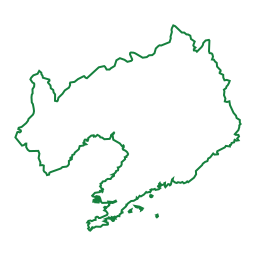 the Province of Liaoning
{"feature_id": "CHN-1813", "entity_name": "Liaoning", "entity_type": "Province", "adm_level": 1, "iso_a3": "CHN", "parent_name": "China", "parent_adm1": "", "projection": "orthographic", "projection_center": [122.279, 41.097], "detail": "fine", "context": "isolated", "style": "outline", "palette": "green", "viewbox_px": 256, "rotation_deg": 0, "n_neighbors": 0, "source": "natural_earth", "source_scale": "10m", "svg_char_len": 5845}
<svg xmlns="http://www.w3.org/2000/svg" viewBox="0 0 256 256"><path d="M239.0,136.4L237.2,138.5L238.5,140.3L236.1,140.7L234.8,139.7L234.5,140.0L234.1,142.3L231.6,143.0L231.1,144.7L230.0,145.0L229.9,146.5L225.9,145.9L224.8,147.4L217.3,151.2L217.0,152.3L218.1,153.9L218.0,154.3L214.5,154.6L213.2,153.5L210.2,157.4L208.2,158.5L207.4,161.1L205.1,161.9L202.8,163.7L202.1,165.1L195.9,171.0L196.1,174.3L194.0,177.7L188.2,182.2L187.2,181.4L186.2,182.4L183.9,183.3L182.4,182.0L180.6,182.8L178.0,182.2L176.8,183.0L175.1,182.5L172.5,180.5L172.9,178.7L172.1,179.4L170.8,184.6L169.9,185.3L169.2,184.3L168.2,184.1L165.4,187.2L164.8,186.3L165.0,182.9L164.4,183.2L164.6,183.6L164.0,184.5L161.6,185.1L160.3,183.6L159.7,184.0L159.6,183.3L159.0,184.0L160.0,186.0L158.2,186.0L158.0,186.5L160.2,188.1L158.7,189.3L155.5,189.9L154.8,188.9L153.2,189.5L151.6,189.3L150.5,189.9L151.1,190.6L150.1,192.3L149.4,191.9L147.0,192.6L146.2,192.0L144.0,194.5L140.9,196.4L139.6,195.8L137.6,198.6L136.7,197.7L136.5,199.1L133.7,200.8L131.2,201.0L127.7,203.6L126.9,205.0L126.4,204.8L126.0,206.4L121.8,210.1L121.5,211.9L123.4,212.5L122.2,212.6L119.6,214.5L119.4,216.2L117.6,216.0L116.1,217.2L114.8,216.6L114.2,216.9L115.0,217.4L115.4,218.3L112.2,217.2L112.5,218.1L114.4,219.5L113.6,220.9L112.8,221.0L111.6,219.9L110.3,217.8L108.7,217.4L108.6,217.9L109.2,218.6L107.2,218.3L105.7,218.9L106.4,219.1L106.3,220.3L104.1,221.2L107.7,222.6L108.0,224.2L107.7,224.6L107.1,224.2L106.3,224.8L102.9,224.8L100.6,226.8L95.9,226.6L94.0,227.7L92.3,227.2L91.6,228.2L92.5,228.2L90.3,230.6L89.4,230.3L88.1,228.5L89.0,227.6L88.1,225.4L88.2,224.6L89.5,223.4L89.4,222.9L87.3,222.5L88.4,220.9L90.4,220.5L91.8,221.1L94.2,220.0L95.6,219.9L95.6,217.4L97.0,216.7L98.0,217.0L98.8,218.0L100.1,218.0L107.1,214.9L107.6,213.6L107.3,212.8L106.0,211.1L104.4,210.4L104.9,210.0L104.7,209.1L105.7,208.5L104.3,207.3L105.0,206.8L106.2,207.3L107.3,206.8L109.2,205.3L109.0,204.4L110.7,202.7L112.6,203.0L116.1,201.5L115.7,200.7L113.0,202.0L108.3,201.6L108.6,202.7L102.2,202.9L101.1,201.9L100.1,198.2L99.3,196.7L96.5,196.1L94.9,196.9L92.6,196.3L92.2,195.7L95.0,192.8L99.8,192.1L100.5,191.4L100.2,190.8L101.4,190.5L102.3,192.0L102.5,191.8L102.7,191.1L102.3,190.5L103.1,189.4L102.7,188.8L101.7,188.7L100.1,186.3L101.0,185.7L100.5,183.7L101.8,183.1L102.7,181.5L105.4,181.1L106.0,180.0L107.7,178.9L110.6,179.0L111.8,177.1L113.9,176.0L114.0,174.9L112.4,174.6L114.1,173.8L115.8,172.3L115.9,171.2L118.0,170.3L118.3,168.9L117.8,167.5L119.4,167.1L121.1,165.8L121.7,164.3L121.6,162.2L125.1,159.2L124.8,157.2L126.4,157.0L126.4,156.0L127.6,155.2L128.1,154.0L127.2,152.2L125.5,150.7L123.1,149.6L122.7,148.7L123.7,147.4L123.8,146.0L123.4,145.4L122.2,146.3L119.8,143.4L113.3,139.7L112.5,134.7L113.6,133.8L114.1,132.9L113.9,132.6L111.0,135.2L111.0,136.4L109.7,138.9L104.3,139.2L102.2,137.6L100.3,137.3L99.6,136.1L97.4,134.9L95.4,136.6L94.5,136.5L94.0,135.7L93.6,136.3L93.0,135.4L91.3,135.6L88.2,138.1L88.2,139.6L87.7,140.0L87.8,140.7L87.2,140.9L86.5,139.7L85.0,139.6L84.3,140.5L84.5,141.5L83.4,142.7L83.5,143.3L85.3,143.5L86.2,144.3L84.3,144.7L83.5,145.5L79.7,146.1L78.8,149.3L74.8,152.6L74.2,154.3L72.3,155.0L72.1,156.9L70.4,157.7L70.4,158.8L71.8,158.5L71.8,159.2L68.9,160.9L68.9,164.3L67.8,165.8L66.6,166.6L62.4,167.1L60.8,168.5L50.4,172.2L49.3,173.0L49.1,174.6L47.0,175.1L46.2,173.1L44.3,171.7L43.6,170.5L43.8,165.6L42.6,165.1L40.2,165.3L40.4,162.4L38.6,158.1L39.4,153.7L38.3,150.9L29.5,151.1L27.7,149.7L26.2,147.1L26.3,143.6L25.5,143.6L23.9,145.1L22.0,145.6L15.4,137.4L17.3,132.2L18.1,131.9L19.8,132.4L20.9,131.5L20.8,130.4L18.3,129.1L18.7,127.8L21.7,126.9L26.2,123.1L28.0,120.7L28.5,119.0L32.9,114.7L33.6,113.3L34.0,111.1L33.7,108.5L32.9,104.2L31.8,102.4L31.5,97.3L31.8,94.7L32.6,93.4L32.5,89.2L34.1,86.7L34.3,84.3L34.1,83.4L32.5,82.5L30.4,79.4L31.2,77.7L33.4,75.3L37.6,73.8L39.2,70.9L41.3,72.7L41.5,74.4L42.5,75.7L42.9,77.7L49.3,79.6L49.5,80.7L48.1,82.0L48.0,82.6L50.5,85.5L50.8,88.3L53.2,89.9L53.6,92.4L55.1,94.4L55.0,100.8L57.0,101.3L57.7,100.7L58.5,97.6L62.5,93.8L64.8,90.4L69.0,87.6L70.1,85.1L69.9,83.4L70.3,82.5L74.5,81.9L78.0,79.1L83.7,76.2L84.3,76.2L85.5,77.7L86.9,78.2L98.8,67.3L104.2,66.1L105.1,66.8L106.6,69.5L109.6,69.5L110.8,68.3L114.6,66.0L116.4,60.3L119.9,58.2L124.5,59.8L127.4,61.8L131.1,60.9L132.0,60.2L132.2,59.3L130.0,54.4L130.1,53.1L130.9,52.5L133.6,52.7L135.2,53.3L142.7,57.7L146.8,57.1L149.1,55.3L152.3,55.1L154.5,53.2L155.8,48.5L158.3,46.1L159.5,45.3L161.2,45.5L169.6,42.1L170.8,38.2L170.5,36.8L171.9,31.9L171.5,30.0L171.9,28.2L173.3,25.4L175.2,26.2L181.8,32.5L184.3,32.6L186.4,34.4L188.1,34.5L190.3,35.7L191.0,39.0L194.7,41.5L193.3,45.3L193.9,46.6L195.4,47.5L193.8,49.2L193.9,50.4L195.9,50.6L196.9,51.7L201.6,47.0L202.8,45.2L203.3,43.0L205.6,40.5L208.9,39.9L209.4,40.6L209.0,51.3L209.6,53.1L211.6,53.4L212.4,54.3L213.0,56.7L212.0,59.5L213.9,59.7L215.0,61.5L216.7,62.8L217.1,66.6L220.6,70.3L220.5,71.5L219.7,72.2L219.7,73.2L223.2,74.8L223.3,77.6L224.5,80.3L226.8,79.9L229.7,80.9L229.0,82.9L227.7,85.3L226.6,86.3L226.0,88.2L223.9,89.7L224.4,91.3L224.0,95.2L225.4,98.5L224.8,101.4L227.0,102.0L229.4,101.3L230.0,105.2L233.5,112.8L236.0,115.7L236.6,118.0L239.8,120.0L239.8,122.7L240.6,124.0L239.3,125.3L239.3,127.1L238.4,130.1L234.8,134.2L235.6,134.8L238.4,134.9L239.0,136.4ZM98.8,198.2L99.7,199.2L98.6,199.6L99.2,200.7L98.7,202.5L95.9,202.3L97.3,200.3L96.8,199.4L96.0,199.6L94.5,201.7L93.3,201.7L93.6,199.9L95.1,199.3L96.1,197.8L98.8,198.2ZM140.9,207.4L137.6,207.6L135.8,207.0L134.9,205.9L139.5,206.7L140.9,207.4ZM128.7,211.6L129.8,210.3L131.4,209.5L131.0,210.7L131.4,211.9L129.2,212.4L128.7,211.6ZM150.1,196.4L150.2,195.3L151.0,195.0L152.6,195.8L152.3,196.7L151.5,197.2L150.6,197.1L150.1,196.4ZM157.5,214.6L158.0,216.3L156.9,217.3L156.3,216.7L157.0,215.7L156.3,215.1L157.5,214.6ZM139.2,208.6L142.0,208.3L142.8,208.5L142.2,209.7L141.1,210.4L141.3,209.2L139.2,208.6Z" fill="none" stroke="#15803d" stroke-width="2"/></svg>